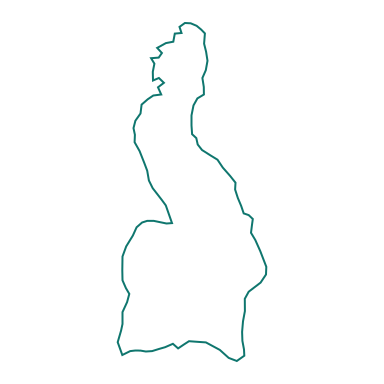 Areiópolis, São Paulo, Brazil
{"feature_id": "56859067B34609023861166", "entity_name": "Areiópolis", "entity_type": "district", "adm_level": 2, "iso_a3": "BRA", "parent_name": "Brazil", "parent_adm1": "São Paulo", "projection": "robinson", "projection_center": [-48.654, -22.616], "detail": "fine", "context": "isolated", "style": "outline", "palette": "teal", "viewbox_px": 384, "rotation_deg": 0, "n_neighbors": 0, "source": "geoboundaries", "source_scale": "gbopen_adm2", "svg_char_len": 1463}
<svg xmlns="http://www.w3.org/2000/svg" viewBox="0 0 384 384"><path d="M204.9,33.4L201.1,29.5L196.6,25.8L190.7,23.3L184.9,23.0L179.5,26.9L181.5,33.0L174.8,33.6L173.3,41.7L165.9,43.1L157.2,47.9L161.9,53.0L158.7,57.6L151.1,58.2L154.4,63.7L152.8,71.8L153.0,80.5L158.9,78.0L163.9,82.8L158.0,87.3L161.2,94.5L153.3,95.5L147.7,99.3L141.6,104.6L140.5,113.5L135.4,120.7L133.5,128.1L134.9,134.8L134.6,142.2L139.6,151.1L144.3,163.0L147.2,170.7L148.9,180.5L152.7,188.2L161.7,199.8L165.8,205.4L172.0,223.1L166.5,223.5L153.9,220.9L147.1,220.9L142.1,222.5L136.6,227.3L132.9,235.5L126.2,246.4L122.5,256.5L122.3,270.4L122.5,280.3L125.9,288.1L129.3,293.9L127.1,302.1L122.5,312.1L122.5,324.0L121.1,330.5L117.7,342.2L122.3,355.0L130.2,351.1L135.4,350.5L140.5,350.6L145.8,351.5L152.1,351.1L159.2,348.9L165.1,347.2L172.9,343.8L178.1,348.4L184.2,344.3L189.0,341.2L197.2,341.8L205.9,342.4L219.8,349.9L228.7,357.9L236.8,361.0L244.3,355.7L244.0,349.5L242.4,340.9L242.1,331.9L243.0,321.4L244.9,311.1L244.8,298.8L248.7,291.7L253.8,287.8L260.6,282.6L266.0,274.5L266.3,266.8L260.3,251.2L255.3,240.0L251.0,232.8L251.9,225.6L252.8,219.0L248.7,215.1L243.7,213.4L241.2,206.0L237.8,197.9L235.1,189.5L235.5,182.7L230.1,175.9L222.8,167.6L217.5,159.7L210.8,155.6L202.0,150.0L197.7,144.5L196.3,138.1L192.1,134.2L191.5,125.5L191.5,115.4L193.5,105.4L197.4,98.4L203.9,94.5L203.8,87.0L202.4,78.0L205.8,70.2L207.5,60.8L206.1,51.8L204.1,43.7L204.9,33.4Z" fill="none" stroke="#0f766e" stroke-width="2"/></svg>